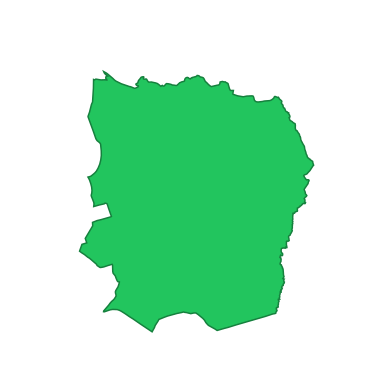 Puok, Siemréab, Cambodia, rotated 164°
{"feature_id": "14789045B68660120235745", "entity_name": "Puok", "entity_type": "district", "adm_level": 2, "iso_a3": "KHM", "parent_name": "Cambodia", "parent_adm1": "Siemréab", "projection": "orthographic", "projection_center": [103.615, 13.442], "detail": "fine", "context": "isolated", "style": "filled", "palette": "green", "viewbox_px": 384, "rotation_deg": 164, "n_neighbors": 0, "source": "geoboundaries", "source_scale": "gbopen_adm2", "svg_char_len": 5957}
<svg xmlns="http://www.w3.org/2000/svg" viewBox="0 0 384 384"><g transform="rotate(164 192 192)"><path d="M235.6,320.9L236.9,323.2L240.5,328.6L241.4,329.8L243.7,332.1L243.5,330.6L242.9,329.2L241.3,326.7L242.3,326.8L243.0,326.4L243.2,326.0L243.4,325.6L243.5,324.9L242.9,323.6L243.0,323.1L244.6,323.8L248.6,324.8L252.8,326.8L253.5,327.0L254.7,326.6L255.6,327.3L258.2,318.8L262.8,305.9L264.5,303.9L268.5,297.0L271.0,293.5L271.2,292.9L270.1,277.3L269.7,269.6L269.1,267.6L267.3,265.0L266.8,263.9L266.7,263.1L267.9,256.5L269.1,252.1L270.9,247.9L273.0,244.2L275.7,240.8L278.3,238.3L280.2,237.1L281.7,236.4L284.5,235.2L285.6,235.0L287.9,235.0L287.5,233.4L287.2,231.6L287.0,228.0L287.1,224.5L287.7,221.1L288.6,218.7L289.8,216.6L289.9,215.7L289.3,209.2L289.5,207.5L290.5,205.1L284.9,205.1L279.6,204.8L278.7,205.3L277.0,204.3L276.8,203.4L276.7,199.5L276.2,190.7L276.9,190.5L278.1,190.5L287.1,190.5L291.1,190.7L296.0,190.2L296.8,186.8L307.4,176.8L307.2,172.1L312.2,172.0L316.4,166.1L314.9,164.1L312.6,161.5L310.2,158.1L308.8,156.6L304.0,149.3L303.7,148.8L303.5,147.5L301.3,144.9L300.6,144.6L297.5,144.3L292.8,144.5L288.7,144.5L288.5,143.7L290.1,137.4L290.2,135.6L288.9,132.6L288.7,129.6L288.4,127.4L288.1,126.5L287.8,126.1L286.6,125.6L286.9,124.8L289.1,121.4L292.4,118.3L293.1,117.3L293.4,116.1L293.4,114.5L293.7,112.9L294.4,112.2L296.1,110.7L297.2,110.0L299.5,108.9L301.4,107.7L303.3,106.2L309.7,102.0L310.0,101.3L309.3,101.0L303.2,101.3L300.6,101.0L296.3,99.6L294.4,98.3L292.8,96.8L289.6,93.2L286.5,89.4L283.7,86.3L277.8,79.1L268.9,68.6L265.4,72.1L264.3,73.7L259.9,77.6L258.9,78.7L258.1,78.7L253.5,79.2L249.7,79.5L239.9,79.4L235.2,79.0L233.2,79.0L232.2,78.3L230.7,77.7L226.7,75.4L223.7,75.2L221.7,74.7L220.0,72.7L216.4,67.5L215.4,65.5L214.6,62.5L214.0,61.2L213.0,59.3L207.8,54.1L206.0,52.0L198.3,52.0L194.7,51.9L186.2,52.1L155.7,52.2L148.0,52.5L146.3,52.3L145.0,52.3L144.5,53.3L143.0,54.5L143.3,55.5L143.0,55.8L143.1,56.9L142.6,57.6L141.8,57.4L141.1,57.5L140.7,58.1L140.8,58.8L139.9,60.2L139.4,61.9L138.4,63.1L138.4,63.6L138.8,64.3L138.6,65.0L137.2,64.8L137.4,65.9L137.2,66.3L136.6,66.8L136.4,67.7L136.5,68.1L135.5,69.6L134.6,71.8L133.9,71.3L133.7,72.1L133.9,72.7L133.6,73.4L133.0,73.2L131.7,74.7L132.2,75.2L131.6,76.4L131.2,76.7L130.1,77.0L129.8,78.2L128.8,78.7L128.7,79.1L128.3,79.4L128.0,80.0L128.4,80.5L128.3,81.2L128.0,81.9L128.0,82.5L127.4,82.9L128.5,83.7L126.9,85.2L126.9,87.1L126.3,89.8L125.7,93.0L126.1,93.8L125.8,94.5L126.0,95.0L126.0,95.7L126.3,96.3L126.2,97.3L127.0,97.9L127.2,98.6L126.2,100.2L125.7,100.6L124.8,103.0L125.1,103.5L124.8,104.1L125.5,104.8L125.1,105.6L124.2,106.9L123.2,105.9L122.4,106.2L122.1,106.8L121.9,108.0L122.2,108.5L122.6,108.7L122.7,110.2L122.4,111.4L121.6,113.0L120.0,113.1L117.7,112.3L117.3,113.1L116.5,112.4L116.1,112.4L115.9,113.4L116.0,113.7L115.8,114.5L115.7,116.0L115.4,116.5L114.8,118.5L114.3,118.6L113.2,118.2L112.0,118.5L112.0,118.9L111.7,120.4L111.6,122.1L111.2,123.0L109.6,123.5L109.2,123.8L109.1,124.5L108.0,125.2L106.3,127.1L106.3,128.5L105.4,129.9L105.3,130.7L104.7,132.1L104.8,132.7L104.6,133.1L104.2,133.3L103.8,134.0L103.8,135.2L103.2,135.8L103.3,137.3L102.6,138.0L102.2,140.0L101.6,141.5L101.6,141.9L101.0,142.6L101.0,143.0L100.8,143.7L99.3,143.4L98.9,143.7L98.3,144.4L96.1,144.5L95.8,144.8L95.7,145.8L95.1,147.5L94.6,147.5L92.3,148.2L92.0,148.7L91.6,148.6L90.3,149.1L90.1,149.5L89.5,149.6L89.2,150.0L88.5,150.3L86.6,149.7L86.2,150.0L85.8,150.6L86.3,150.9L86.6,151.4L86.0,152.0L85.6,153.3L86.0,154.7L84.5,155.8L83.5,156.1L83.0,156.5L82.6,157.0L83.5,159.2L83.2,160.5L83.5,163.1L83.4,163.7L78.6,167.7L78.2,168.0L77.3,169.7L76.6,170.3L76.3,170.9L76.5,171.5L77.4,171.9L78.5,172.1L79.0,173.0L79.8,175.2L80.0,176.4L80.0,177.0L79.6,177.3L79.1,177.5L77.7,177.5L76.1,177.9L75.6,178.4L72.7,180.1L68.6,183.7L67.7,184.2L67.8,186.6L67.6,188.2L69.4,190.4L69.6,191.1L70.0,191.2L70.5,192.2L70.9,192.5L71.5,194.1L71.4,195.2L71.8,197.7L71.6,198.7L71.8,202.0L71.4,204.9L72.3,208.3L72.5,209.6L72.8,210.6L73.0,212.5L72.7,214.1L72.7,215.3L73.0,216.2L72.9,218.0L73.6,219.7L74.2,222.0L74.9,222.4L75.1,223.4L75.2,224.4L74.9,225.6L74.2,227.8L74.1,229.3L75.6,230.7L76.3,232.0L78.1,234.0L78.1,236.3L78.2,236.7L77.2,237.1L77.0,238.0L77.1,239.2L77.5,240.4L77.2,241.4L77.5,241.7L78.2,241.8L78.4,242.8L79.0,243.1L79.4,243.6L79.7,244.4L79.9,247.0L80.7,247.7L80.9,249.4L80.6,250.3L81.6,252.6L81.3,253.5L80.8,253.9L80.7,254.7L81.1,255.5L82.1,256.9L82.5,258.0L82.6,258.7L82.9,259.3L83.4,259.2L85.9,261.0L86.6,260.8L87.1,260.1L88.4,259.3L90.2,258.6L92.0,258.4L97.4,259.5L99.5,259.6L103.7,260.3L105.3,261.0L106.1,261.8L106.7,263.2L106.6,266.2L106.9,267.4L107.9,267.9L112.9,269.1L116.4,269.4L116.9,269.6L121.7,271.9L125.6,274.6L125.5,275.6L124.2,278.2L124.8,278.4L126.6,278.8L127.3,279.6L127.5,281.1L127.5,286.3L127.9,286.9L128.7,287.5L129.8,288.8L130.7,288.9L132.3,289.9L134.2,290.0L134.8,289.9L134.9,289.4L135.6,288.2L136.3,287.7L137.3,287.5L138.0,287.7L144.3,288.0L144.7,288.3L145.5,289.2L146.6,290.9L148.0,293.6L148.7,294.4L149.3,297.8L149.8,298.8L151.0,299.7L151.9,300.0L152.3,300.3L153.4,301.9L153.8,302.1L154.9,302.6L155.3,302.3L156.4,301.9L160.2,302.0L160.5,301.7L160.9,301.9L161.3,301.8L162.6,301.2L163.6,302.1L164.1,302.9L164.6,303.3L165.2,303.5L165.6,303.5L166.7,303.3L167.2,303.0L167.9,302.2L168.7,300.8L169.3,300.6L171.3,300.7L173.7,300.4L177.0,298.7L177.8,298.7L180.3,299.9L180.9,299.9L182.6,301.3L184.6,302.4L186.5,303.2L187.3,303.0L189.3,301.7L189.9,301.6L190.5,301.8L191.2,302.7L192.8,302.2L194.7,305.0L195.6,306.0L197.3,307.1L200.7,308.9L203.2,309.5L203.9,310.4L204.5,312.8L204.7,313.1L205.0,313.3L206.8,313.6L207.5,314.1L207.4,314.6L207.1,315.1L206.7,315.5L206.7,316.0L207.0,316.2L208.2,316.4L209.3,316.3L211.4,314.7L212.3,314.2L212.8,313.8L213.2,313.0L213.6,312.7L213.9,311.9L214.5,311.7L215.9,311.4L216.2,311.1L216.1,310.3L215.7,309.7L214.4,309.0L214.3,308.5L215.1,307.8L217.7,307.4L218.3,307.4L218.9,307.7L222.1,310.2L222.9,310.5L230.1,315.5L234.5,319.5L235.6,320.9Z" fill="#22c55e" stroke="#15803d" stroke-width="1.5"/></g></svg>